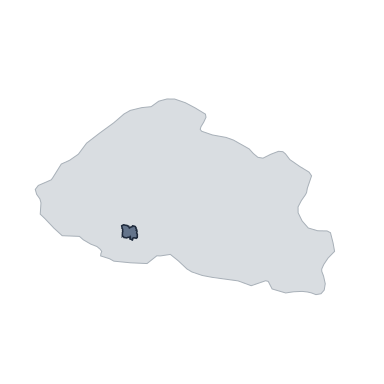 Kalidzingkha, Daga, Bhutan shown in context, rotated 14°
{"feature_id": "84629894B31642600341684", "entity_name": "Kalidzingkha", "entity_type": "district", "adm_level": 2, "iso_a3": "BTN", "parent_name": "Bhutan", "parent_adm1": "Daga", "projection": "robinson", "projection_center": [89.878, 27.0], "detail": "fine", "context": "in_parent", "style": "filled", "palette": "slate", "viewbox_px": 384, "rotation_deg": 14, "n_neighbors": 0, "source": "geoboundaries", "source_scale": "gbopen_adm2", "svg_char_len": 4437}
<svg xmlns="http://www.w3.org/2000/svg" viewBox="0 0 384 384"><g transform="rotate(14 192 192)"><path d="M303.3,164.9L302.7,167.3L300.2,173.8L298.5,180.8L300.0,186.5L305.8,193.4L313.5,198.8L323.4,199.2L332.5,197.1L336.2,198.0L341.1,207.1L344.7,215.1L340.0,223.2L337.4,230.4L336.5,235.4L337.1,237.6L340.0,241.8L343.5,248.8L344.0,255.2L341.8,259.5L337.1,261.6L332.2,261.0L328.0,261.1L322.9,261.8L314.8,264.2L307.3,267.3L293.2,266.7L287.6,260.3L284.9,260.3L272.1,268.6L258.2,267.1L232.7,269.9L222.1,270.5L211.2,269.6L205.7,267.9L195.4,262.1L186.1,257.8L176.7,261.7L173.3,262.4L165.7,272.3L149.3,275.6L132.9,278.0L128.1,276.7L118.8,276.1L118.5,273.8L118.8,271.5L116.7,269.7L112.9,267.9L106.5,267.1L98.2,264.7L93.5,262.3L76.6,265.8L66.8,260.5L55.7,253.4L50.1,250.2L48.1,239.1L46.1,235.5L41.8,231.8L39.3,227.4L41.3,222.8L52.4,214.3L53.3,212.3L58.4,196.5L65.6,190.8L72.6,182.8L77.9,170.1L88.2,157.1L99.4,143.7L107.1,132.8L112.3,127.8L122.8,122.3L131.7,119.1L137.8,111.9L145.2,107.8L152.7,106.0L164.0,107.0L174.6,109.6L186.2,113.2L187.5,116.1L186.5,121.3L184.9,126.5L184.8,129.2L186.6,130.7L198.0,131.7L211.9,130.8L219.7,131.6L237.1,136.4L242.2,139.8L247.5,142.4L252.7,142.0L259.2,136.4L266.1,131.6L270.4,130.9L273.5,132.4L279.1,136.9L290.5,141.2L300.8,144.4L304.1,147.4L303.0,160.5L303.3,164.9Z" fill="#d9dde1" stroke="#a8b0b8" stroke-width="1"/><path d="M139.5,252.4L139.6,252.2L139.8,252.1L140.0,252.1L140.4,251.9L140.5,251.8L140.6,251.7L140.8,251.6L141.0,251.5L141.0,251.4L141.3,251.4L141.5,251.3L141.6,251.2L141.8,251.1L142.0,251.1L142.3,251.0L142.4,250.9L142.5,250.8L142.6,250.7L142.8,250.7L143.0,250.5L143.0,250.4L143.1,250.5L143.1,250.8L143.2,251.0L143.2,251.3L143.2,251.7L143.1,251.9L143.1,252.0L143.0,252.3L143.0,252.5L143.4,252.6L143.5,252.7L144.2,252.6L144.3,252.6L144.5,252.6L144.8,252.7L145.1,252.8L145.4,253.1L145.5,253.1L145.8,253.1L145.9,252.8L145.9,252.7L145.9,252.4L145.9,252.2L145.8,251.9L145.8,251.6L145.7,251.4L145.7,251.2L146.0,251.0L146.1,250.8L146.2,250.7L146.5,250.5L146.8,250.6L147.0,250.6L147.2,250.4L147.3,250.3L147.6,250.3L147.8,250.3L148.0,250.4L148.3,250.3L148.5,250.4L148.8,250.4L149.0,250.4L149.0,250.2L149.3,250.0L149.3,249.9L149.5,249.9L149.6,249.7L149.9,249.4L149.8,249.0L149.8,248.8L149.8,248.7L149.7,248.5L149.6,248.4L149.7,248.2L149.6,247.8L149.5,247.7L149.4,247.6L149.3,247.4L149.4,247.2L149.3,246.9L149.3,246.7L149.2,246.6L149.2,246.4L149.2,246.2L148.9,245.9L148.6,245.7L148.4,245.5L148.2,245.4L148.2,245.2L148.2,244.9L148.2,244.7L148.2,244.4L148.2,244.2L148.2,243.9L148.2,243.7L148.2,243.3L148.2,243.2L147.9,242.9L147.7,242.8L147.5,242.7L147.4,242.7L147.5,242.5L147.4,242.3L147.4,242.2L147.2,242.2L147.2,241.9L147.2,241.6L147.0,241.4L146.9,241.3L146.7,241.2L146.5,240.9L146.4,240.8L146.2,240.7L146.1,240.4L146.2,240.2L145.9,240.1L145.9,239.9L145.7,239.7L145.5,239.4L145.4,239.4L145.2,239.3L145.1,239.2L144.8,239.1L144.7,239.1L144.4,239.1L144.2,239.1L143.9,239.3L143.8,239.2L143.7,239.2L143.3,239.1L143.2,239.1L142.9,239.1L142.5,239.2L142.5,239.4L142.5,239.5L142.4,239.7L142.3,239.9L142.3,240.0L142.2,240.0L142.0,240.3L141.9,240.4L141.8,240.5L141.7,240.6L141.4,240.7L141.2,240.7L141.1,240.8L141.0,241.0L140.9,241.1L140.7,241.3L140.5,241.6L140.4,241.7L140.3,241.8L140.2,241.9L140.1,242.0L139.9,242.1L139.6,241.8L139.5,241.5L139.4,241.3L139.3,241.2L139.2,241.0L139.1,240.9L139.0,240.6L138.9,240.5L138.8,240.4L138.7,240.4L138.5,240.5L138.1,240.6L137.9,240.6L137.7,240.6L137.6,240.4L136.9,240.1L136.3,240.3L136.2,240.3L135.7,240.3L135.4,240.3L135.1,240.4L134.9,240.4L134.6,240.3L134.3,240.3L134.1,240.3L133.8,240.4L133.6,240.4L133.4,240.4L133.3,240.5L133.1,240.8L132.9,241.0L132.7,241.1L132.4,241.4L132.2,241.5L131.9,241.8L132.0,242.1L132.2,242.5L132.3,242.6L132.4,242.9L132.5,243.1L132.7,243.4L132.7,243.5L132.8,243.7L132.9,243.8L132.9,244.1L133.1,244.1L133.2,244.3L133.3,244.4L133.4,244.5L133.6,244.8L133.8,245.0L133.9,245.4L133.9,245.6L134.0,246.0L134.0,246.3L134.0,246.5L134.3,246.8L134.4,247.2L134.4,247.3L134.4,247.7L134.4,247.8L134.3,248.1L134.3,248.3L134.4,248.5L134.4,248.8L134.5,249.0L134.7,249.4L134.7,249.5L134.7,249.9L134.8,250.2L134.8,250.3L134.7,250.4L134.7,250.6L134.8,250.9L134.9,251.0L135.1,251.1L135.2,251.3L135.2,251.7L135.2,251.9L135.3,251.8L135.6,251.8L135.8,251.8L136.0,251.8L136.5,252.1L136.8,252.4L137.0,252.6L137.4,252.5L137.5,252.5L137.8,252.5L138.0,252.5L138.1,252.4L138.9,252.4L139.0,252.4L139.3,252.4L139.5,252.4Z" fill="#64748b" stroke="#1e293b" stroke-width="1.5"/></g></svg>